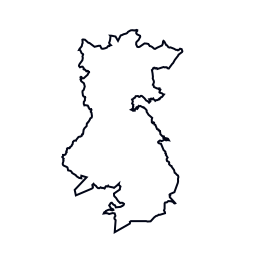 Tlacolulan, Veracruz, Mexico (orthographic projection), rotated 345°
{"feature_id": "50627088B39576903361064", "entity_name": "Tlacolulan", "entity_type": "district", "adm_level": 2, "iso_a3": "MEX", "parent_name": "Mexico", "parent_adm1": "Veracruz", "projection": "orthographic", "projection_center": [-97.003, 19.702], "detail": "fine", "context": "isolated", "style": "outline", "palette": "ink", "viewbox_px": 256, "rotation_deg": 345, "n_neighbors": 0, "source": "geoboundaries", "source_scale": "gbopen_adm2", "svg_char_len": 5811}
<svg xmlns="http://www.w3.org/2000/svg" viewBox="0 0 256 256"><g transform="rotate(345 128 128)"><path d="M125.7,224.0L130.2,221.1L132.5,220.2L133.6,220.3L135.4,219.7L136.1,220.1L141.7,219.9L141.9,218.9L141.4,216.9L142.4,215.6L143.9,210.2L144.6,209.6L146.2,209.9L148.0,209.0L148.9,209.4L149.7,209.5L152.2,210.9L153.1,212.6L153.7,213.0L154.2,212.9L150.5,205.7L150.8,203.7L151.2,203.8L151.1,203.0L151.7,202.7L156.2,202.0L161.9,193.9L162.6,192.4L163.1,190.1L164.0,188.4L164.0,187.0L163.7,186.4L163.1,185.9L162.2,184.0L161.5,183.3L161.6,180.5L160.2,176.9L160.2,176.0L159.4,175.5L158.5,174.0L158.3,173.4L158.8,172.4L158.8,171.8L158.6,171.2L157.2,170.1L157.3,169.2L157.1,168.9L157.3,168.0L158.6,166.8L157.8,164.1L157.9,163.7L157.7,163.6L158.0,162.7L157.5,162.0L158.0,161.0L157.5,159.7L156.7,158.6L155.8,151.8L154.0,150.8L153.4,150.0L153.4,149.4L153.7,149.1L155.3,148.4L155.9,148.5L157.1,149.4L160.0,148.8L160.8,149.0L161.3,149.6L162.1,149.9L163.3,149.9L164.3,150.4L163.9,148.9L163.4,148.4L161.5,147.4L160.0,147.3L159.5,146.8L159.6,146.4L160.5,145.9L160.5,145.4L159.0,144.7L157.7,142.4L158.1,139.2L157.6,139.1L157.5,138.3L156.9,138.1L156.9,137.2L155.8,136.6L155.2,131.9L154.4,131.5L154.2,129.9L154.5,129.5L154.1,129.1L153.0,129.6L152.5,128.7L153.2,125.8L154.0,124.5L151.3,120.6L150.2,117.1L150.6,115.8L149.9,114.3L148.6,112.2L148.3,112.4L145.6,109.9L144.2,110.0L144.0,109.5L143.1,110.0L143.0,110.5L142.0,110.7L141.7,110.4L141.5,110.8L142.4,111.5L141.8,112.0L140.5,111.0L140.0,111.2L139.0,112.9L138.0,112.1L137.7,112.7L137.1,112.5L136.6,111.7L135.8,111.1L136.8,110.8L137.2,111.1L137.9,110.4L138.2,109.0L138.7,108.5L138.6,107.9L139.2,107.0L138.3,105.5L139.6,103.5L139.3,101.5L140.8,101.2L141.2,100.7L142.4,100.6L143.6,99.3L145.9,99.7L146.8,100.9L147.5,100.9L148.5,100.3L149.0,100.3L149.9,100.9L151.7,103.7L152.6,106.0L154.2,107.5L154.9,109.0L156.4,108.1L156.0,107.3L156.3,106.9L156.0,105.8L156.5,105.9L157.7,105.6L157.8,106.2L158.3,106.6L158.8,106.2L160.0,106.0L160.0,106.7L161.3,108.3L161.4,108.8L162.4,108.4L163.9,108.7L165.9,107.7L166.1,108.2L167.9,106.8L168.9,106.8L171.4,104.9L170.5,104.4L169.8,103.3L167.8,102.1L167.6,101.5L169.3,99.2L169.1,98.9L168.3,99.1L167.9,98.7L168.4,97.8L166.4,97.4L163.7,95.1L163.7,93.2L163.2,92.7L164.7,90.9L165.1,89.5L164.7,86.6L165.3,85.1L165.9,81.3L166.1,78.2L167.0,77.8L167.7,76.8L168.9,76.5L169.5,76.8L169.7,77.6L171.1,77.5L171.5,77.8L171.6,78.6L178.1,78.3L179.3,79.0L180.5,79.1L181.4,79.7L181.6,80.5L182.8,81.1L187.2,77.6L188.3,77.0L190.9,74.3L195.4,70.9L195.7,70.3L199.9,68.6L200.4,67.9L200.2,65.7L198.8,64.9L197.8,65.5L196.3,65.9L195.7,65.2L194.6,65.0L192.9,63.3L189.9,61.1L189.0,61.1L187.9,60.4L187.1,58.3L186.4,57.9L185.4,53.7L184.8,53.0L184.2,53.6L183.4,55.7L182.2,57.1L177.3,57.9L174.6,58.6L173.8,58.2L172.3,56.0L171.0,54.8L170.2,54.5L169.4,52.1L167.6,51.2L165.8,50.6L160.2,52.6L158.9,52.5L158.0,52.0L157.5,49.5L158.0,47.8L158.5,47.1L161.1,45.6L163.4,43.1L163.5,42.0L161.1,40.0L160.5,38.8L160.8,37.5L162.0,36.7L162.3,35.9L161.8,35.5L159.4,35.5L159.0,35.1L158.3,35.1L157.5,34.6L155.8,34.4L153.0,35.1L151.8,36.0L150.7,36.3L147.6,36.3L147.0,36.6L144.9,36.7L140.9,41.2L139.6,36.4L136.0,34.6L134.7,34.2L134.9,34.7L133.8,37.6L132.7,39.7L131.8,40.8L131.9,41.8L132.9,43.6L131.1,43.6L131.0,44.0L129.8,43.8L128.4,44.9L126.2,45.1L124.2,45.0L123.0,44.4L122.4,41.4L120.8,41.0L116.7,40.9L112.7,35.8L111.8,35.5L109.3,31.6L107.4,30.8L106.8,30.9L106.2,34.2L105.7,34.7L104.4,37.1L101.7,39.0L100.9,39.9L101.6,40.0L102.0,40.5L102.6,43.9L103.6,44.8L103.7,45.4L102.5,47.2L102.5,48.6L101.4,50.8L98.0,53.5L96.9,54.8L96.7,55.4L97.3,56.9L99.3,56.8L100.0,57.0L100.6,58.3L100.8,59.5L100.4,59.7L100.7,60.2L101.7,60.6L102.4,62.3L102.9,62.1L103.5,62.3L103.5,62.6L104.2,62.7L104.5,63.5L104.9,63.7L104.8,64.2L103.9,64.7L102.8,66.1L98.1,68.5L96.6,68.2L96.2,66.6L95.8,66.4L95.2,66.7L95.2,68.2L94.7,68.9L95.1,69.4L94.8,70.1L95.0,70.8L97.0,73.4L97.0,76.7L95.1,79.7L93.7,80.5L93.3,81.5L92.9,84.9L93.3,86.1L94.6,86.9L94.6,87.6L94.1,88.1L93.5,90.2L92.1,91.3L91.5,93.3L91.7,94.8L92.2,94.7L94.9,95.9L95.3,97.2L95.2,98.2L95.6,98.8L95.8,100.0L97.3,100.2L97.4,101.0L96.2,102.7L96.7,103.7L96.3,107.1L95.6,108.5L94.0,109.0L93.4,109.9L91.5,111.8L91.0,111.9L90.3,112.7L89.5,112.9L88.5,115.5L86.0,116.9L84.7,118.2L83.1,122.0L82.7,122.4L82.1,122.2L81.5,122.9L81.4,123.5L79.9,124.0L78.7,123.8L77.8,123.9L74.6,126.3L74.5,126.7L72.8,126.3L71.3,127.1L70.2,129.4L69.4,129.9L69.1,130.5L68.4,131.0L67.6,131.2L67.0,131.5L66.9,132.0L66.0,132.4L65.0,131.8L64.1,131.9L63.6,132.4L63.6,133.1L63.1,133.7L62.3,134.6L62.6,135.3L62.4,135.7L61.5,136.2L60.9,137.3L59.9,137.6L58.3,137.2L58.1,138.2L57.0,139.0L57.9,141.1L57.5,141.3L57.1,142.2L57.3,142.9L55.8,145.3L55.6,146.4L55.8,147.2L56.4,147.9L58.8,149.8L59.3,150.5L59.2,153.4L61.5,154.6L62.3,156.2L62.4,157.0L65.3,160.0L65.9,161.4L67.9,163.6L69.9,164.5L70.0,163.5L70.6,162.0L75.3,164.9L60.5,174.0L60.2,179.6L77.3,177.2L78.6,176.6L78.9,175.8L78.7,175.4L78.8,173.8L80.3,173.0L80.6,174.0L82.0,175.5L82.6,177.1L83.5,178.3L85.0,178.7L86.2,178.2L87.4,179.3L88.3,179.3L89.7,180.4L90.8,179.4L90.9,179.0L91.8,178.5L93.1,179.2L93.8,178.7L93.9,179.2L94.9,179.9L98.7,181.8L99.0,182.2L102.4,180.7L104.8,179.4L104.4,180.2L104.4,180.7L105.6,182.5L104.3,184.7L104.2,185.3L97.5,187.7L97.1,189.4L97.1,190.3L98.4,192.5L99.4,195.7L101.0,198.5L101.9,198.4L103.4,198.9L104.5,200.2L104.2,200.8L103.5,201.5L102.6,201.5L102.3,201.9L101.3,201.9L100.6,202.3L95.7,201.5L95.5,199.4L94.1,198.3L93.0,196.0L92.4,195.9L91.8,196.1L89.8,197.9L90.8,201.2L92.7,202.8L92.7,203.4L91.5,203.5L88.9,202.0L87.6,202.0L85.2,202.4L85.0,202.8L83.2,203.3L82.4,204.3L84.4,204.5L86.1,205.1L87.5,206.2L91.1,206.2L93.0,207.0L93.1,209.5L92.9,209.9L91.9,210.7L91.5,211.8L91.5,212.4L92.2,213.8L88.2,225.2L105.0,220.8L105.5,219.9L105.5,219.2L106.8,218.7L121.5,222.7L122.7,223.4L125.7,224.0Z" fill="none" stroke="#020617" stroke-width="2"/></g></svg>